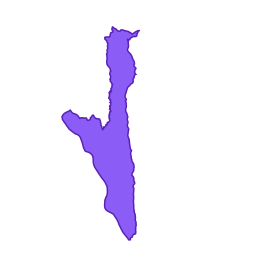 the district of Nariño, Cundinamarca, Colombia, rotated 321°
{"feature_id": "7082276B15133732541467", "entity_name": "Nariño", "entity_type": "district", "adm_level": 2, "iso_a3": "COL", "parent_name": "Colombia", "parent_adm1": "Cundinamarca", "projection": "natural_earth1", "projection_center": [-74.789, 4.405], "detail": "fine", "context": "isolated", "style": "filled", "palette": "violet", "viewbox_px": 256, "rotation_deg": 321, "n_neighbors": 0, "source": "geoboundaries", "source_scale": "gbopen_adm2", "svg_char_len": 5699}
<svg xmlns="http://www.w3.org/2000/svg" viewBox="0 0 256 256"><g transform="rotate(321 128 128)"><path d="M179.5,39.7L177.8,40.9L177.5,41.2L177.4,41.7L177.4,42.9L177.1,43.4L176.7,43.7L176.0,43.7L175.3,43.3L174.7,43.2L174.1,43.3L172.2,44.9L171.2,45.6L170.4,45.2L169.1,44.1L168.2,43.7L167.7,43.1L167.1,43.0L166.8,43.1L166.1,44.2L166.0,44.5L166.1,45.7L166.3,46.3L166.3,47.0L165.6,48.4L165.5,49.6L163.4,51.6L163.1,52.1L162.9,52.8L162.5,53.3L160.5,54.4L160.0,55.7L159.3,56.4L158.2,56.8L157.9,57.0L156.9,58.8L156.1,59.9L155.5,60.9L153.9,62.3L151.8,65.1L151.5,67.1L151.6,69.0L151.4,70.6L151.1,71.6L150.5,72.2L150.4,72.8L150.2,73.2L149.8,73.3L149.3,73.2L148.7,73.8L148.0,74.2L147.5,75.2L147.4,76.3L146.6,77.5L145.5,78.4L144.8,78.6L145.0,79.1L144.5,79.3L144.1,80.1L143.6,80.6L143.7,82.5L143.3,83.1L143.2,83.6L143.4,84.4L143.1,84.7L142.4,84.8L142.0,85.1L141.1,86.3L140.9,86.4L139.7,86.5L139.1,87.2L138.9,88.4L138.5,88.7L138.3,88.6L138.2,88.1L137.9,88.0L137.7,88.2L137.7,89.0L137.4,89.1L137.2,88.3L137.0,88.2L136.7,88.3L136.5,89.0L136.3,89.2L136.2,89.1L135.9,88.6L135.5,88.6L135.4,89.0L135.4,89.6L135.3,89.9L134.5,90.2L134.1,91.1L133.8,91.4L133.5,91.5L133.3,92.0L132.4,92.1L131.8,92.9L131.7,93.3L131.8,93.6L132.4,94.5L132.1,94.7L132.0,95.3L131.5,95.3L131.2,95.5L131.2,96.6L131.0,97.1L130.7,97.3L130.1,97.1L130.2,97.4L130.1,97.8L129.4,98.8L128.8,99.0L128.5,99.6L128.4,99.8L128.1,99.8L127.8,99.4L127.5,99.5L127.2,99.9L127.4,100.4L126.5,101.0L126.5,101.7L126.3,101.9L125.8,101.7L125.5,101.8L125.4,102.1L125.6,102.5L125.5,103.0L125.4,103.9L125.1,104.4L124.8,104.4L124.3,104.0L123.7,104.1L123.3,104.7L122.9,104.9L122.8,105.0L122.0,106.3L121.9,106.3L121.5,105.9L121.3,106.0L120.7,107.2L120.2,107.5L119.9,107.7L119.8,108.9L119.3,109.0L119.1,109.2L119.0,109.9L118.5,110.8L116.4,111.3L115.9,111.1L115.6,110.7L115.3,110.8L114.2,111.7L113.9,112.2L113.5,112.1L113.0,111.6L112.6,112.1L112.2,112.3L111.5,112.3L111.2,112.5L110.6,112.5L110.2,112.4L109.7,111.9L109.6,112.0L109.6,112.6L107.7,113.4L107.4,113.4L107.6,112.6L107.6,111.7L108.1,111.2L108.2,110.6L108.7,109.6L108.7,109.0L108.9,108.4L109.7,107.7L110.3,106.1L110.9,105.3L111.5,103.2L109.0,100.3L108.8,99.3L108.7,98.5L109.1,96.6L109.1,96.0L108.7,95.8L107.2,96.0L106.0,96.5L105.4,96.3L104.9,96.7L104.3,97.5L104.0,97.7L103.2,97.5L101.5,96.8L101.4,96.2L101.4,95.8L101.8,95.1L101.8,93.8L100.3,92.8L98.8,91.1L97.3,90.2L96.6,90.2L96.5,89.9L96.4,89.6L96.7,88.4L96.7,87.6L96.8,87.2L96.7,86.4L96.5,85.4L95.8,83.9L94.5,81.9L94.3,81.4L94.2,80.2L94.4,77.8L92.8,77.7L91.1,77.2L87.8,76.6L86.3,76.8L84.8,77.3L83.9,77.6L83.7,77.9L82.4,80.3L81.8,88.4L81.6,92.1L82.2,94.5L82.3,95.3L83.6,100.0L84.4,100.8L84.7,101.6L85.1,103.1L85.1,104.5L85.0,105.3L83.2,110.6L81.0,115.5L80.3,118.3L80.3,119.3L80.8,120.2L81.8,121.6L82.7,123.4L83.1,125.6L82.9,127.5L81.8,129.7L79.2,133.1L78.2,135.3L77.5,137.5L77.2,139.8L76.5,146.5L76.2,150.2L76.2,153.4L76.0,155.8L75.0,159.9L74.2,161.5L71.4,165.2L69.8,166.6L68.7,167.4L67.1,168.0L64.6,169.6L61.5,172.9L60.4,174.4L59.6,176.0L59.4,177.8L59.9,179.8L62.3,185.3L62.3,187.0L61.8,191.9L61.2,194.7L60.2,197.6L58.8,203.8L58.4,206.3L58.4,209.0L58.4,213.5L58.1,215.3L59.3,216.3L59.6,216.3L60.3,215.4L61.3,215.0L62.3,215.4L62.7,215.4L63.1,215.2L63.8,214.5L64.3,214.2L65.0,214.3L65.7,214.2L66.4,214.9L67.3,214.6L68.0,214.6L68.4,213.6L69.2,213.1L69.5,212.1L69.8,211.8L70.3,211.6L71.3,210.3L71.4,209.8L71.8,209.5L72.7,209.2L73.2,208.7L73.4,208.2L73.9,207.8L74.1,207.1L74.7,206.7L74.9,205.9L75.4,205.1L75.9,203.7L76.7,203.1L77.3,202.5L77.9,201.6L78.3,200.7L79.2,199.7L79.3,198.9L79.6,198.1L80.2,196.9L80.9,196.0L81.7,194.2L83.6,192.0L85.4,189.4L85.6,188.9L87.8,186.6L88.2,186.1L88.4,185.6L89.1,185.2L89.4,184.6L90.6,182.8L94.3,179.0L94.7,178.1L95.2,176.8L95.8,176.1L96.7,175.6L97.6,175.6L98.2,175.4L98.6,175.0L99.2,173.8L99.2,173.1L99.5,172.4L100.3,171.6L100.9,170.7L101.4,169.3L101.4,167.0L102.5,166.0L105.5,164.8L106.6,163.5L107.8,162.6L108.8,161.1L109.4,160.2L109.8,159.3L110.2,156.3L110.7,155.3L111.2,154.8L111.2,154.3L111.4,153.7L113.3,150.8L113.7,149.8L114.9,148.6L116.6,147.7L116.5,146.5L117.5,144.3L119.7,140.6L121.2,138.5L121.8,137.3L122.5,135.0L123.2,133.5L123.5,133.1L124.7,132.3L125.1,131.7L127.9,129.3L128.5,127.0L128.6,126.0L130.1,124.7L131.3,123.9L131.9,123.0L132.9,120.6L133.1,120.3L134.8,119.4L135.1,118.3L135.5,117.7L135.7,116.8L136.3,116.0L136.4,114.6L137.6,112.3L138.5,111.4L139.4,111.0L140.1,110.4L140.8,109.6L142.2,107.5L142.8,106.5L142.7,105.9L142.9,105.5L143.8,105.2L144.3,105.1L144.7,104.7L144.9,103.9L145.0,102.8L145.3,102.0L146.0,101.1L146.8,100.4L148.9,99.2L151.6,97.2L153.7,96.1L155.3,96.1L158.0,95.7L158.8,95.7L160.0,96.0L161.6,94.9L162.3,93.5L162.6,93.2L163.2,93.2L163.9,92.6L164.5,92.6L165.0,92.4L165.4,91.5L165.8,91.3L167.3,91.0L167.9,91.2L167.8,90.3L168.0,89.8L168.1,88.9L170.2,87.1L170.9,86.9L171.6,86.8L171.7,86.7L171.8,85.6L171.5,84.0L172.3,82.7L173.0,82.4L173.3,82.4L173.9,81.6L174.8,79.6L174.8,78.8L175.6,76.0L176.1,74.8L176.6,72.0L176.4,71.2L176.3,68.8L176.3,68.3L176.5,67.4L177.1,66.7L177.8,66.1L178.1,65.9L178.9,65.6L180.0,64.6L180.1,64.4L181.2,63.0L181.5,62.3L181.9,61.8L182.0,61.4L182.9,60.9L183.0,60.4L182.9,59.5L182.9,59.3L183.4,58.9L184.4,60.2L184.9,60.4L185.1,60.4L185.4,60.0L186.8,59.8L189.1,60.1L190.3,60.7L191.4,61.7L192.2,62.0L192.5,62.0L193.0,61.7L193.9,60.9L195.5,60.0L196.8,59.4L197.5,59.5L197.9,59.3L197.3,58.8L195.1,58.1L192.3,57.9L191.5,57.7L190.9,57.7L190.2,57.4L190.0,56.8L190.0,55.4L189.1,54.5L189.3,54.1L189.0,53.2L186.7,50.3L185.9,48.9L185.3,48.3L184.9,47.7L184.5,47.4L183.5,47.4L182.7,47.7L181.7,47.1L181.6,46.8L181.5,46.4L180.9,45.1L180.9,44.6L181.1,44.1L181.0,43.5L180.6,42.8L179.9,42.0L179.8,41.7L180.0,41.1L179.8,40.9L179.7,39.8L179.5,39.7Z" fill="#8b5cf6" stroke="#5b21b6" stroke-width="1.5"/></g></svg>